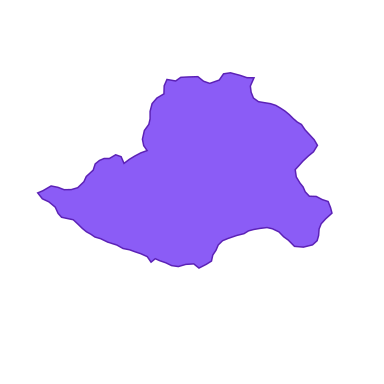 the district of Córrego do Bom Jesus, Minas Gerais, Brazil, rotated 238°
{"feature_id": "56859067B97735160434443", "entity_name": "Córrego do Bom Jesus", "entity_type": "district", "adm_level": 2, "iso_a3": "BRA", "parent_name": "Brazil", "parent_adm1": "Minas Gerais", "projection": "albers", "projection_center": [-45.994, -22.626], "detail": "fine", "context": "isolated", "style": "filled", "palette": "violet", "viewbox_px": 384, "rotation_deg": 238, "n_neighbors": 0, "source": "geoboundaries", "source_scale": "gbopen_adm2", "svg_char_len": 1713}
<svg xmlns="http://www.w3.org/2000/svg" viewBox="0 0 384 384"><g transform="rotate(238 192 192)"><path d="M256.0,305.1L259.8,299.2L265.2,294.8L272.7,287.8L275.5,281.4L272.5,274.4L274.7,264.6L279.8,260.5L286.7,258.1L291.6,249.7L295.2,243.2L294.8,237.0L300.7,230.4L296.8,224.7L290.1,220.2L290.3,212.1L288.1,205.0L282.6,199.2L276.2,195.2L272.2,191.2L269.4,184.2L263.0,177.9L256.9,175.6L250.9,175.9L252.3,169.4L252.8,162.7L252.9,156.3L252.3,149.5L259.5,150.6L264.0,147.0L264.2,139.7L267.0,135.2L267.8,130.2L267.1,124.8L262.9,119.8L261.2,110.6L258.0,105.8L256.2,97.4L258.0,90.9L261.7,84.8L267.0,80.8L271.8,75.7L272.1,66.2L273.0,60.7L265.5,61.5L259.5,65.4L251.6,68.0L244.8,67.1L239.7,68.0L236.2,71.6L231.4,76.6L224.6,78.4L219.2,79.7L214.2,81.4L209.9,83.8L205.3,85.8L200.8,89.8L194.1,94.0L186.8,100.2L180.6,103.6L176.0,108.5L171.5,112.0L166.9,115.8L160.9,119.8L154.2,120.1L154.9,125.5L150.9,128.2L145.8,132.3L140.4,135.7L136.0,140.9L133.9,148.4L130.1,155.4L123.8,157.6L123.1,165.8L123.1,171.9L127.5,176.2L129.9,181.5L133.2,186.2L134.5,192.1L133.5,198.0L131.4,207.0L129.1,214.1L129.1,219.3L127.5,224.5L125.0,230.6L122.1,236.8L118.2,240.7L112.1,244.6L105.5,246.0L100.1,248.2L91.6,250.1L86.2,257.3L83.3,266.2L84.4,272.3L88.0,276.3L93.3,280.2L96.6,284.7L98.4,291.1L99.9,299.5L105.3,301.2L111.8,302.4L116.6,298.4L122.4,295.0L126.2,289.3L132.2,288.1L137.4,288.9L142.3,288.3L149.5,288.4L156.3,291.4L157.9,297.3L159.4,302.4L160.9,309.9L161.7,316.3L165.1,323.1L171.6,323.3L178.5,322.0L184.8,320.8L191.2,320.6L195.6,318.3L200.8,316.7L206.0,315.5L211.2,313.8L216.2,311.5L221.0,309.0L225.3,305.4L229.5,300.6L233.4,296.2L239.1,293.9L245.3,295.0L250.9,297.6L256.0,305.1Z" fill="#8b5cf6" stroke="#5b21b6" stroke-width="1.5"/></g></svg>